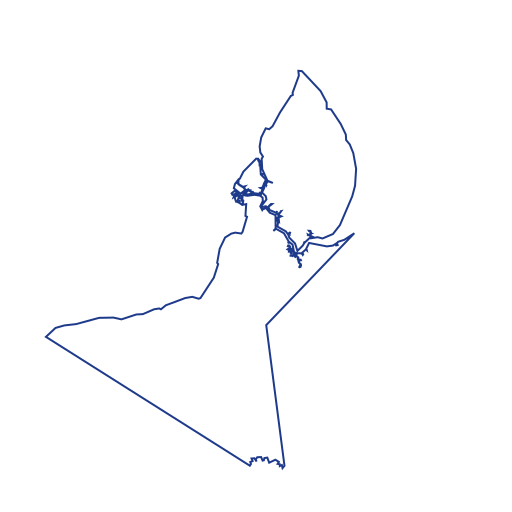 Merauke, Papua, Indonesia (Albers equal-area conic projection), rotated 122°
{"feature_id": "22746128B65756496772256", "entity_name": "Merauke", "entity_type": "district", "adm_level": 2, "iso_a3": "IDN", "parent_name": "Indonesia", "parent_adm1": "Papua", "projection": "albers", "projection_center": [139.088, -7.869], "detail": "fine", "context": "isolated", "style": "outline", "palette": "blue", "viewbox_px": 512, "rotation_deg": 122, "n_neighbors": 0, "source": "geoboundaries", "source_scale": "gbopen_adm2", "svg_char_len": 6052}
<svg xmlns="http://www.w3.org/2000/svg" viewBox="0 0 512 512"><g transform="rotate(122 256 256)"><path d="M418.8,120.7L309.2,210.7L184.6,184.7L195.5,189.7L200.3,193.8L202.2,194.3L203.4,192.6L203.5,192.6L204.1,193.2L204.4,193.8L204.5,193.7L204.8,192.9L204.5,193.8L204.4,193.9L203.4,192.7L202.3,194.3L206.4,196.3L210.3,201.0L216.8,217.9L223.9,217.2L223.8,216.4L224.2,216.0L224.0,217.2L229.5,218.8L229.2,218.1L229.4,217.1L229.5,216.9L229.9,216.9L230.1,217.2L230.2,216.9L230.3,216.9L229.5,218.6L232.1,223.0L234.6,221.6L234.8,219.4L236.4,218.8L235.5,216.1L235.8,215.7L236.9,217.3L237.3,216.7L238.9,216.1L239.1,213.8L239.9,212.9L242.5,212.3L241.3,213.1L243.3,213.4L239.5,213.7L238.9,216.2L237.4,217.7L236.1,217.1L236.5,218.9L234.8,219.8L234.7,222.2L235.5,222.7L235.7,222.0L235.8,222.0L235.8,222.3L236.0,222.3L235.8,222.3L235.7,222.1L235.8,223.3L234.7,224.4L236.8,225.2L237.0,226.5L237.6,227.0L237.8,227.6L236.9,226.5L236.7,225.2L235.0,225.2L234.6,224.3L234.7,223.9L235.7,223.0L234.8,222.4L234.5,222.0L232.4,223.2L232.5,223.8L233.4,224.3L233.6,224.6L233.6,224.8L232.4,223.9L232.1,223.4L233.1,228.2L234.4,228.3L234.8,227.5L235.3,227.5L234.4,229.5L234.4,228.4L232.1,228.7L232.7,231.6L232.8,231.1L233.0,230.9L234.0,230.6L234.3,230.7L232.4,231.7L233.4,232.4L233.7,232.7L233.7,232.8L231.3,231.6L230.6,232.1L230.1,232.2L230.8,234.1L230.3,234.2L230.3,233.9L229.7,233.9L229.5,233.6L230.0,232.1L231.3,231.5L232.6,231.5L231.2,230.0L232.0,229.9L231.9,228.7L232.8,227.9L231.7,226.6L227.0,231.0L226.4,235.9L227.7,235.3L228.0,235.6L228.3,235.5L226.3,236.1L221.9,244.3L222.3,253.8L224.3,254.0L225.4,254.6L222.3,253.9L211.0,261.1L212.0,267.2L210.0,273.0L212.5,274.7L212.5,276.2L212.7,275.9L212.6,275.6L212.7,275.4L213.2,275.4L213.4,275.1L213.7,275.1L211.6,278.7L205.6,279.4L203.0,281.4L202.6,284.3L204.9,289.7L209.6,295.3L210.9,298.8L213.1,299.6L213.5,299.5L214.0,298.6L215.0,297.6L216.2,297.6L214.8,296.4L216.4,297.2L216.3,296.1L216.7,296.2L216.8,295.9L217.2,295.5L219.6,294.4L217.2,291.8L227.6,286.2L227.5,284.4L242.6,280.2L244.7,280.3L247.2,286.0L250.1,288.8L256.7,292.0L269.2,290.6L282.4,285.3L282.9,283.8L296.7,280.3L321.1,280.8L322.6,282.0L324.4,288.4L329.1,293.7L345.5,306.3L351.6,308.4L351.8,310.3L355.2,314.2L365.3,321.2L369.0,326.5L381.0,336.5L383.8,344.3L391.6,356.3L409.1,372.5L416.4,381.7L423.2,387.9L435.9,391.3L437.1,150.1L435.0,150.1L433.8,151.7L431.7,150.2L430.1,152.5L428.4,150.2L430.0,146.6L428.7,148.4L426.0,148.3L423.8,145.1L426.0,142.0L425.1,141.1L422.9,141.8L421.0,139.6L424.3,135.3L418.5,131.6L418.5,127.5L420.8,127.5L420.0,125.5L421.5,124.5L419.6,123.3L421.8,121.1L418.8,120.7ZM185.3,201.2L154.5,206.0L144.0,209.2L129.0,217.3L117.2,228.0L111.7,235.6L109.9,241.0L105.4,244.2L99.2,254.0L91.9,270.0L93.6,274.1L88.3,277.5L81.9,288.6L74.9,315.1L76.5,318.2L80.4,315.2L98.1,311.5L99.9,310.1L101.8,311.3L121.6,311.7L137.2,310.7L141.5,312.0L142.6,315.4L152.7,314.4L161.1,311.0L165.9,307.2L168.0,302.8L170.6,302.7L179.1,296.7L186.4,285.7L185.9,285.1L185.1,280.4L186.3,285.6L190.1,285.7L190.6,284.6L190.9,284.6L190.1,285.6L192.1,286.3L194.1,285.1L199.0,284.5L200.1,279.4L202.5,277.1L211.0,278.0L211.0,276.4L208.6,274.1L208.8,271.1L207.8,271.6L206.3,271.5L203.9,270.8L203.4,269.9L207.7,271.5L209.8,268.9L208.6,261.7L206.6,261.8L208.6,261.7L209.2,258.6L208.7,258.9L208.9,259.7L208.7,259.9L207.6,259.2L207.2,258.7L206.8,258.7L205.7,258.5L204.9,258.7L204.6,258.4L207.2,258.6L208.8,259.8L208.6,259.2L208.9,258.4L209.2,258.4L209.4,259.0L210.5,257.3L211.1,257.3L209.7,257.1L209.0,256.5L208.9,255.5L211.1,257.1L211.1,257.3L210.9,257.5L210.5,257.4L210.6,257.8L214.3,255.0L214.0,255.9L219.7,253.4L219.3,243.8L220.8,240.0L220.0,240.4L219.9,239.4L219.3,240.1L219.0,240.0L219.2,239.3L218.9,239.7L218.2,239.6L218.2,239.4L219.1,239.2L219.2,239.6L219.1,239.9L219.2,240.0L219.9,239.4L220.9,239.9L222.8,237.5L224.7,229.5L229.7,223.6L222.7,221.9L218.9,221.9L218.7,223.3L218.8,221.8L210.6,219.6L209.8,218.4L210.2,220.8L209.4,221.7L209.9,221.7L210.2,222.1L210.3,223.2L210.6,222.8L210.8,222.9L210.8,223.1L210.3,223.3L209.9,221.8L209.3,221.8L208.3,221.7L207.6,221.1L207.7,221.6L206.9,221.9L206.9,222.6L206.7,222.8L206.2,222.9L206.0,223.1L206.7,224.3L206.6,224.5L205.9,223.1L206.2,222.8L206.8,222.7L206.8,222.0L207.5,221.1L210.1,220.9L209.7,218.3L212.4,219.4L207.4,213.7L205.9,208.9L196.6,202.4L185.3,201.2ZM200.2,286.2L200.5,284.6L195.7,286.2L195.0,287.0L195.4,287.2L196.0,288.0L196.0,288.3L194.9,287.0L195.0,286.8L186.0,288.1L184.3,295.1L176.1,301.1L176.1,301.5L175.9,301.8L174.4,303.1L174.0,304.5L172.5,305.7L173.3,307.4L191.1,311.4L198.7,310.7L203.2,311.3L203.3,310.1L204.3,308.9L204.1,308.3L204.6,307.5L204.3,307.1L204.2,305.2L204.5,304.0L202.8,302.3L204.5,302.7L204.7,302.2L204.6,301.8L204.6,301.6L204.8,301.2L205.5,300.7L206.5,300.4L203.7,297.9L203.7,292.6L202.5,292.1L203.8,292.5L203.9,291.2L201.4,285.8L200.6,286.3L200.2,286.3L200.2,286.7L200.1,287.1L200.2,286.2ZM211.3,302.1L206.5,300.4L204.7,301.4L204.8,302.5L204.1,303.1L204.6,303.9L204.6,307.6L204.1,310.3L203.4,310.2L203.9,310.8L203.1,311.4L199.3,311.3L206.1,312.0L210.3,310.7L211.3,302.1ZM219.9,295.1L217.2,295.6L216.2,297.7L214.6,298.2L215.3,298.6L215.3,298.8L214.5,298.3L213.3,299.7L212.3,299.7L213.3,302.4L215.1,301.7L215.0,300.8L215.1,299.9L215.1,301.7L218.1,300.8L218.0,299.5L218.5,298.9L219.0,298.5L219.8,298.1L219.9,295.1ZM219.3,300.8L215.5,301.7L213.5,303.5L217.6,305.3L220.4,301.8L219.3,300.8ZM204.2,297.2L208.7,298.5L208.2,295.5L204.4,291.9L204.2,297.2ZM216.6,308.4L212.4,304.8L211.9,305.3L212.5,308.8L215.8,309.9L216.6,308.4ZM208.9,298.8L204.9,298.8L208.1,300.9L209.8,300.1L208.9,298.8ZM175.7,302.0L173.7,302.0L172.7,304.9L173.9,304.6L174.4,302.9L175.7,302.0ZM218.1,306.1L213.2,303.7L212.9,304.0L215.3,306.7L218.1,306.1ZM220.1,300.4L219.7,298.2L218.1,299.5L218.3,300.8L220.1,300.4ZM189.3,287.5L189.0,286.4L187.6,286.5L188.2,287.2L189.3,287.5ZM211.4,258.5L213.7,257.4L214.1,257.0L212.3,257.5L211.4,258.5ZM182.3,294.4L183.7,294.0L183.5,293.6L182.3,294.4ZM204.3,298.3L205.2,298.5L204.0,297.5L204.3,298.3ZM193.1,286.3L194.3,285.6L194.5,285.5L193.1,286.3Z" fill="none" stroke="#1e3a8a" stroke-width="2"/></g></svg>